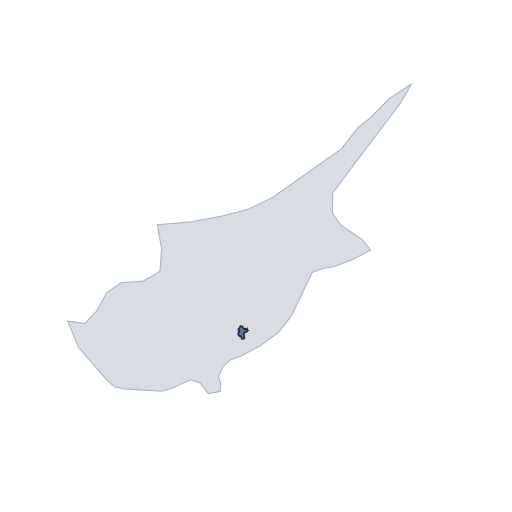 Vasa Kellakiou, Limassol, Cyprus shown in context, rotated 343°
{"feature_id": "46923920B10749704770194", "entity_name": "Vasa Kellakiou", "entity_type": "district", "adm_level": 2, "iso_a3": "CYP", "parent_name": "Cyprus", "parent_adm1": "Limassol", "projection": "albers", "projection_center": [33.23, 34.801], "detail": "fine", "context": "in_parent", "style": "filled", "palette": "slate", "viewbox_px": 512, "rotation_deg": 343, "n_neighbors": 0, "source": "geoboundaries", "source_scale": "gbopen_adm2", "svg_char_len": 2374}
<svg xmlns="http://www.w3.org/2000/svg" viewBox="0 0 512 512"><g transform="rotate(343 256 256)"><path d="M362.4,271.5L367.3,283.8L347.1,287.6L326.9,289.0L315.6,287.4L305.0,288.2L272.2,323.8L254.6,335.9L233.5,343.1L212.0,347.3L201.2,347.9L191.7,352.3L185.0,360.5L184.9,368.5L182.0,375.1L170.2,373.7L165.3,360.8L156.9,355.2L136.1,358.0L125.9,357.6L92.5,345.1L82.5,340.0L76.3,329.4L59.5,291.3L56.9,263.1L72.7,270.5L87.7,261.9L102.2,247.7L119.3,242.0L130.0,244.6L140.5,247.1L159.6,242.6L167.9,221.5L170.7,197.2L202.8,204.2L235.4,207.9L262.1,209.0L288.4,205.0L368.7,178.6L391.4,162.8L405.4,157.4L429.7,144.3L455.1,136.9L439.0,151.9L347.6,218.2L341.7,237.6L345.9,251.0L359.0,267.2L362.4,271.5Z" fill="#d9dde1" stroke="#a8b0b8" stroke-width="1"/><path d="M220.2,318.7L220.3,318.9L220.2,319.1L219.9,319.4L219.6,319.4L219.3,319.5L219.2,319.8L219.2,320.0L218.6,320.4L218.5,320.6L218.4,320.8L218.3,321.1L218.1,321.0L218.2,321.3L217.9,321.6L217.7,321.8L218.0,321.9L218.2,322.1L218.2,322.4L217.9,322.4L217.6,322.3L217.8,322.5L218.0,322.8L218.1,323.0L218.0,323.4L217.8,323.5L217.5,323.6L217.1,323.6L217.0,323.9L217.0,324.2L216.8,324.6L216.4,324.9L216.2,325.1L216.1,325.3L216.0,325.8L216.1,326.2L216.2,326.5L216.3,326.8L216.6,327.0L216.8,327.2L216.6,327.6L216.6,327.9L217.0,328.2L217.3,328.2L217.7,328.2L218.0,328.1L218.2,330.9L218.5,330.8L219.0,331.2L219.6,331.8L220.0,331.7L220.3,331.6L220.6,331.3L220.7,331.1L220.8,330.8L221.0,330.5L221.2,330.2L221.2,329.9L221.1,329.5L221.3,329.1L221.5,328.9L221.5,328.6L221.5,328.1L221.4,327.7L221.5,327.3L221.7,327.0L221.9,326.6L222.1,326.3L222.2,325.9L222.6,325.8L222.9,325.8L223.1,325.7L223.5,325.9L224.1,325.6L224.4,325.9L224.7,325.8L225.0,325.5L225.3,325.3L225.8,325.2L226.1,324.9L226.4,324.8L226.5,324.8L226.4,324.7L226.2,324.6L226.0,324.8L225.9,324.9L225.9,324.7L225.7,324.7L225.6,324.4L225.6,324.2L225.8,324.1L226.0,324.0L226.0,323.8L226.1,323.6L225.9,323.5L225.8,323.3L225.9,323.1L225.7,323.2L225.4,323.1L225.3,323.3L225.2,323.3L225.2,323.2L224.9,323.2L224.8,322.9L224.6,322.7L224.5,322.4L224.4,322.4L224.2,322.4L224.0,322.5L223.8,322.6L223.7,322.4L223.5,322.6L223.3,322.5L223.2,322.4L223.1,322.2L223.1,321.7L222.9,321.4L222.9,321.2L222.7,320.8L222.5,320.4L222.5,319.9L222.5,319.4L222.2,319.2L221.8,319.1L221.2,319.0L221.0,318.8L220.9,318.6L220.6,318.4L220.4,318.5L220.2,318.7Z" fill="#64748b" stroke="#1e293b" stroke-width="1.5"/></g></svg>